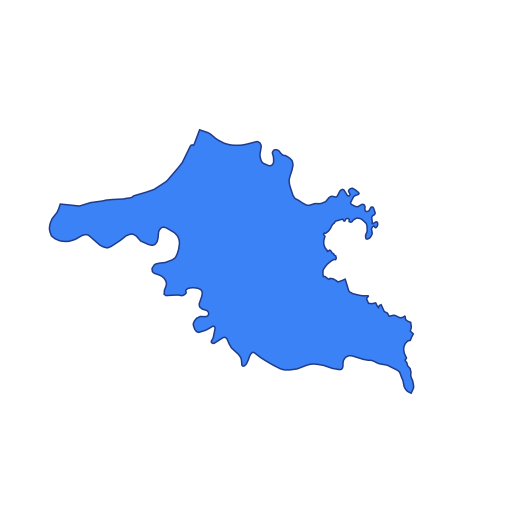 the district of Hau Loc, Thanh Hóa, Vietnam, rotated 206°
{"feature_id": "81297802B47590181438391", "entity_name": "Hau Loc", "entity_type": "district", "adm_level": 2, "iso_a3": "VNM", "parent_name": "Vietnam", "parent_adm1": "Thanh Hóa", "projection": "robinson", "projection_center": [105.868, 19.933], "detail": "fine", "context": "isolated", "style": "filled", "palette": "blue", "viewbox_px": 512, "rotation_deg": 206, "n_neighbors": 0, "source": "geoboundaries", "source_scale": "gbopen_adm2", "svg_char_len": 6122}
<svg xmlns="http://www.w3.org/2000/svg" viewBox="0 0 512 512"><g transform="rotate(206 256 256)"><path d="M56.4,200.7L56.5,206.2L56.9,207.4L57.9,209.1L60.5,212.5L63.4,215.0L64.9,217.1L65.7,219.4L68.1,222.4L71.5,223.7L73.8,226.3L76.1,227.4L76.4,228.2L75.9,229.9L76.2,230.5L79.9,233.4L82.3,236.6L83.4,240.1L83.4,243.0L82.6,245.6L81.9,246.6L80.3,247.8L80.6,251.9L80.4,254.9L84.5,256.2L84.9,259.1L85.4,260.5L87.9,264.2L91.4,263.9L93.4,264.4L94.0,264.8L95.3,266.9L95.9,267.2L97.3,265.1L98.4,264.2L99.8,263.6L105.0,263.5L106.5,263.0L109.3,260.7L110.1,260.3L112.9,262.3L116.2,262.3L116.6,262.5L122.2,267.1L123.4,265.6L123.4,263.3L125.9,264.7L127.6,266.2L128.0,266.3L130.8,264.0L134.1,262.8L137.6,265.7L137.9,266.3L137.4,269.1L137.8,269.4L142.2,267.2L145.5,266.1L152.3,264.6L156.3,264.8L157.6,265.6L165.7,274.3L168.6,270.9L170.8,268.8L171.4,268.5L172.5,269.0L176.7,269.3L179.8,268.3L180.0,267.2L180.4,266.9L185.1,267.8L186.4,267.1L186.8,267.4L188.1,269.5L189.4,272.3L189.5,273.8L189.0,277.2L188.3,280.0L186.2,284.5L184.5,287.0L182.9,287.6L182.8,288.7L182.9,289.2L184.3,291.0L186.1,291.1L187.1,292.0L188.8,292.1L191.4,293.6L192.5,293.5L193.4,291.7L193.8,291.4L194.1,291.5L194.4,292.2L197.3,293.5L199.6,295.6L200.9,297.4L202.0,300.2L202.6,303.9L204.4,304.8L205.0,305.6L204.6,306.6L203.6,306.8L203.0,307.5L201.7,310.3L201.2,313.4L201.1,317.7L200.1,319.8L200.0,321.3L199.6,322.3L194.7,326.8L194.1,327.0L192.3,326.0L191.7,326.2L191.4,326.8L191.5,328.7L191.1,329.3L190.1,329.9L188.9,330.0L188.2,329.8L187.6,328.0L187.2,327.7L185.6,327.9L184.7,329.0L184.4,330.8L183.3,332.6L182.4,333.9L181.6,334.5L180.1,335.0L178.4,335.4L176.1,335.1L171.8,333.8L170.9,333.3L169.3,331.5L167.2,327.6L166.9,326.7L166.6,322.8L166.0,321.4L164.8,319.8L163.8,319.8L163.0,320.2L161.6,322.3L161.2,324.7L161.3,326.4L161.6,327.6L164.1,331.0L164.1,333.2L163.9,333.8L163.1,334.6L161.5,333.8L160.8,333.9L160.5,334.3L160.1,335.9L160.2,337.1L160.8,338.5L161.2,339.0L161.6,339.4L162.6,339.6L163.5,338.9L164.9,336.4L165.8,336.1L166.8,338.2L168.7,341.0L169.0,342.1L168.9,343.2L167.7,345.0L167.5,346.3L168.2,347.5L171.6,350.8L172.4,351.1L172.9,351.1L174.0,350.3L174.3,346.2L175.0,345.2L176.1,344.4L176.7,344.3L177.7,344.6L178.6,345.7L179.6,348.1L180.8,349.2L181.8,349.5L183.4,348.9L186.3,344.7L187.6,344.3L189.2,344.1L192.7,344.2L193.7,344.6L194.4,345.3L194.3,352.0L193.8,353.2L190.8,356.5L190.9,357.5L191.7,358.0L195.9,359.0L199.0,359.2L200.2,358.4L201.1,357.1L201.5,355.4L201.1,354.6L198.8,353.0L198.3,352.3L198.5,351.1L199.0,350.6L200.1,350.3L206.0,353.9L207.5,353.8L208.4,352.8L208.9,351.8L209.1,350.3L209.2,345.4L209.5,344.6L210.2,343.9L213.0,343.3L214.4,342.7L215.0,342.1L216.0,340.4L217.2,335.5L220.3,331.9L222.0,330.8L226.1,328.9L230.6,324.7L232.9,323.9L237.4,324.0L242.2,324.7L246.0,324.8L246.8,325.1L249.5,326.8L256.4,334.0L257.9,336.0L259.3,338.3L259.8,339.6L260.5,343.2L261.2,348.5L262.5,353.7L263.8,355.8L265.5,357.6L268.2,358.6L271.4,359.1L273.5,359.1L276.2,358.4L278.8,359.2L281.4,360.5L282.9,360.7L284.6,360.4L286.1,359.3L286.5,358.7L286.7,356.6L286.4,355.6L284.0,353.0L282.8,351.1L281.2,347.8L281.2,346.2L281.6,344.6L282.4,343.6L283.2,343.0L285.4,342.7L289.9,342.5L291.1,342.8L292.6,343.5L294.2,345.1L296.4,347.8L297.3,350.0L299.0,355.9L299.9,357.7L302.0,359.3L303.8,359.6L304.7,359.5L305.7,359.0L313.8,352.1L317.6,349.3L320.9,347.5L325.0,345.6L327.9,344.6L332.6,343.6L335.1,343.4L341.0,343.6L343.9,344.0L350.3,345.6L353.3,345.8L362.0,344.7L360.5,328.7L360.8,328.0L362.0,328.0L362.6,327.4L363.0,326.8L363.2,325.6L363.2,307.6L364.8,300.4L368.9,284.7L369.8,282.8L376.9,271.0L382.8,265.1L391.7,257.0L392.5,256.2L393.0,254.7L394.3,253.3L398.8,250.3L399.3,249.6L409.7,243.9L415.4,240.4L417.9,238.3L428.2,231.4L436.6,223.5L454.7,216.9L454.0,211.7L453.9,208.0L455.6,200.3L455.4,196.1L455.0,193.9L454.2,191.2L453.4,189.5L451.5,187.1L448.7,184.4L444.1,183.4L439.5,183.6L437.0,184.2L433.0,185.8L430.4,187.3L427.0,190.4L425.0,192.7L421.4,198.1L419.8,199.7L417.2,201.1L416.2,201.2L414.5,201.0L401.4,197.4L397.7,197.2L394.3,197.8L393.0,198.2L390.4,201.1L384.7,210.7L381.6,217.2L378.6,220.5L376.1,221.7L372.4,221.5L366.2,218.9L357.7,219.2L354.1,220.0L352.4,221.4L351.8,222.4L351.3,224.7L351.3,226.3L352.0,229.5L354.1,234.9L354.2,237.1L354.0,238.1L353.6,239.5L352.9,240.6L351.5,241.5L349.0,242.0L339.6,241.2L335.9,239.9L334.4,238.9L332.5,237.1L331.1,235.2L330.1,233.2L328.5,228.1L327.8,223.9L327.7,220.4L328.0,218.6L329.6,215.8L334.8,210.3L339.3,207.5L342.6,204.9L343.5,203.3L343.9,200.2L343.9,199.0L342.3,196.6L340.8,196.0L339.3,195.9L334.7,196.5L331.7,196.5L329.1,195.8L327.1,194.7L325.7,193.6L324.3,191.9L323.7,189.5L323.3,185.1L321.8,181.3L319.5,181.0L310.3,186.1L307.5,187.3L306.0,187.5L304.4,188.5L303.2,190.1L302.6,192.0L303.0,193.0L304.0,193.9L303.9,195.4L302.9,197.0L301.2,198.4L298.6,200.0L294.2,201.5L291.5,201.6L290.5,201.4L289.1,200.5L287.9,198.9L287.0,195.5L286.1,188.1L285.1,186.4L284.2,185.5L281.5,184.8L280.4,184.8L277.3,185.3L275.5,185.3L274.3,184.7L273.6,183.9L273.1,182.9L273.0,181.6L273.3,180.8L273.9,180.1L275.1,179.2L279.6,177.2L282.1,174.0L282.9,170.5L282.7,167.6L281.8,166.1L279.0,163.3L277.1,162.3L275.7,161.9L273.9,162.3L269.2,166.7L267.6,168.6L264.1,173.9L262.6,174.4L261.9,174.1L261.2,173.2L260.8,172.2L258.8,164.4L258.6,163.0L258.8,159.7L258.4,159.0L257.7,158.6L256.3,158.6L255.3,159.2L249.7,168.4L248.5,169.2L247.0,169.3L245.4,168.5L241.6,165.2L237.7,162.6L228.6,159.9L225.5,158.2L224.1,156.9L223.3,155.8L221.0,151.9L220.5,151.5L219.5,151.3L218.9,151.5L218.4,152.0L217.5,154.0L217.3,155.2L217.4,159.6L217.9,163.5L217.8,165.2L217.1,167.6L216.5,168.2L214.8,168.3L207.7,166.8L201.9,166.1L192.7,165.4L185.0,165.3L182.1,165.7L180.0,166.3L175.6,168.5L169.6,172.5L162.1,180.5L159.3,182.8L156.5,184.4L152.5,185.8L147.3,187.3L137.9,188.5L131.1,190.5L130.2,191.1L129.5,191.7L129.2,192.5L129.2,193.4L129.4,194.7L131.0,198.2L131.6,200.6L131.4,202.8L130.8,204.7L129.1,206.7L128.3,207.4L125.7,208.4L114.4,210.1L109.7,211.4L106.5,212.8L103.6,213.1L99.8,213.0L97.5,213.3L90.2,215.4L78.6,215.3L76.0,214.5L74.7,213.4L73.0,211.7L69.2,208.3L65.8,203.8L63.9,202.2L61.6,201.1L59.9,200.7L56.4,200.7Z" fill="#3b82f6" stroke="#1e3a8a" stroke-width="1.5"/></g></svg>